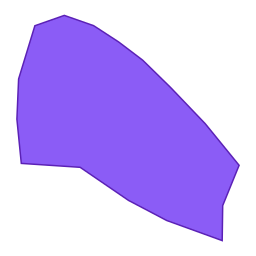 Águas de São Pedro, São Paulo, Brazil
{"feature_id": "56859067B74194604181360", "entity_name": "Águas de São Pedro", "entity_type": "district", "adm_level": 2, "iso_a3": "BRA", "parent_name": "Brazil", "parent_adm1": "São Paulo", "projection": "natural_earth1", "projection_center": [-47.876, -22.599], "detail": "fine", "context": "isolated", "style": "filled", "palette": "violet", "viewbox_px": 256, "rotation_deg": 0, "n_neighbors": 0, "source": "geoboundaries", "source_scale": "gbopen_adm2", "svg_char_len": 322}
<svg xmlns="http://www.w3.org/2000/svg" viewBox="0 0 256 256"><path d="M128.5,200.4L166.7,220.5L222.2,240.6L222.7,205.6L239.1,165.3L205.3,123.8L170.5,87.4L142.7,60.2L118.7,42.0L93.7,25.7L64.3,15.4L34.9,25.7L18.6,79.0L16.9,119.2L21.3,163.4L80.1,167.3L128.5,200.4Z" fill="#8b5cf6" stroke="#5b21b6" stroke-width="1.5"/></svg>